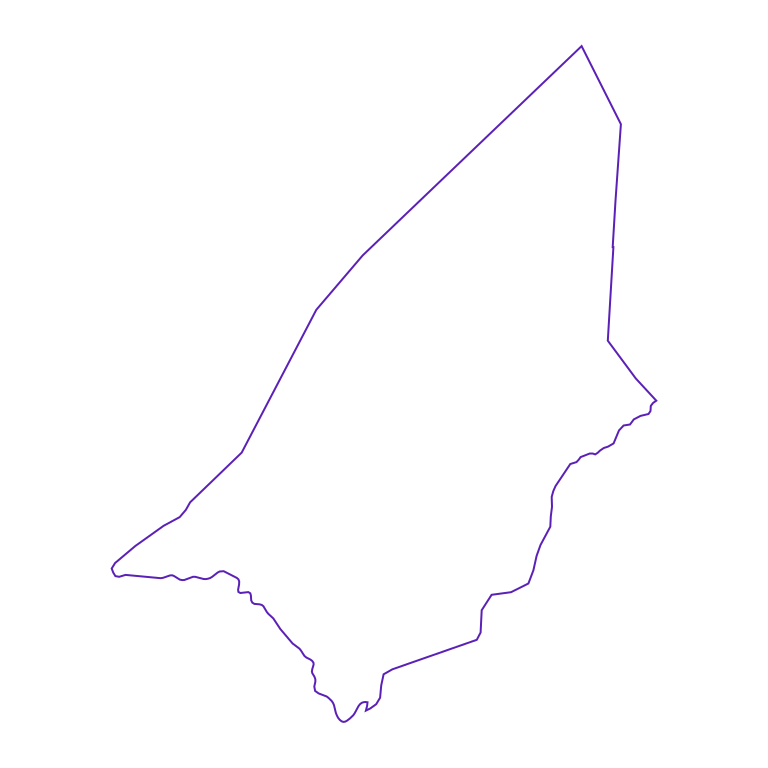 SVG path tracing the border of Brakna
{"feature_id": "MRT-2784", "entity_name": "Brakna", "entity_type": "Region", "adm_level": 1, "iso_a3": "MRT", "parent_name": "Mauritania", "parent_adm1": "", "projection": "equal_earth", "projection_center": [-13.723, 17.338], "detail": "fine", "context": "isolated", "style": "outline", "palette": "violet", "viewbox_px": 768, "rotation_deg": 0, "n_neighbors": 0, "source": "natural_earth", "source_scale": "10m", "svg_char_len": 1890}
<svg xmlns="http://www.w3.org/2000/svg" viewBox="0 0 768 768"><path d="M119.2,576.8L115.4,576.1L113.2,572.5L111.7,568.5L115.1,563.0L135.3,546.0L163.6,525.8L179.7,517.1L185.9,509.8L190.2,502.2L191.6,500.9L241.7,452.6L316.3,309.8L362.7,255.4L420.5,200.1L581.6,46.1L620.9,124.2L615.5,200.7L612.7,247.1L613.4,247.1L607.8,340.7L635.8,378.5L656.3,400.7L653.1,402.9L650.8,405.9L650.5,411.0L648.5,414.0L640.5,415.9L633.8,419.4L630.0,424.5L623.6,425.5L619.0,430.4L613.6,443.4L608.1,446.6L603.8,448.0L600.0,450.6L597.7,452.8L595.2,454.4L592.6,453.5L589.8,453.5L580.6,457.1L578.8,459.6L576.5,462.1L570.3,464.0L555.5,486.1L553.3,491.1L551.7,496.9L552.0,506.8L550.8,516.4L550.3,526.7L540.5,545.0L536.6,555.9L533.4,570.3L528.4,583.5L511.0,592.2L491.6,594.8L481.7,610.2L480.6,632.5L476.8,639.8L392.4,669.3L383.6,674.3L381.2,685.6L380.1,697.7L376.2,704.2L370.2,708.5L365.9,710.6L367.1,705.9L367.5,702.3L365.5,702.0L363.6,702.2L361.8,702.8L360.0,704.2L358.5,706.1L354.8,713.0L353.4,715.1L350.0,718.4L346.7,720.9L345.0,721.7L343.3,721.9L341.6,721.3L339.7,719.8L338.1,717.8L336.8,715.3L335.8,712.7L334.0,705.2L333.0,702.9L331.7,701.0L328.4,697.8L326.7,696.5L318.6,693.4L315.1,690.9L314.3,686.5L315.4,681.5L315.3,679.1L314.4,676.6L312.3,673.2L311.9,671.4L312.3,669.0L313.6,664.7L313.5,662.8L312.2,660.9L310.3,659.5L306.3,657.5L304.4,655.9L300.8,650.3L299.4,648.6L292.6,643.5L280.3,629.0L273.3,618.4L268.4,613.9L266.9,612.1L263.4,606.2L261.7,604.9L259.4,604.3L254.4,603.9L252.3,602.6L251.2,600.4L250.9,595.5L250.3,593.3L248.3,592.1L240.3,593.0L238.4,591.9L238.1,589.7L239.1,584.4L239.2,581.4L238.4,579.3L236.8,577.9L223.7,571.2L219.6,571.5L217.7,572.5L212.2,576.8L210.2,578.0L208.0,578.7L205.8,579.1L203.6,579.0L195.2,576.8L193.0,576.8L184.3,580.0L182.1,580.1L179.8,579.6L174.0,576.0L172.2,575.3L170.1,575.4L163.1,577.8L160.8,578.2L125.5,574.9L119.2,576.8Z" fill="none" stroke="#5b21b6" stroke-width="2"/></svg>